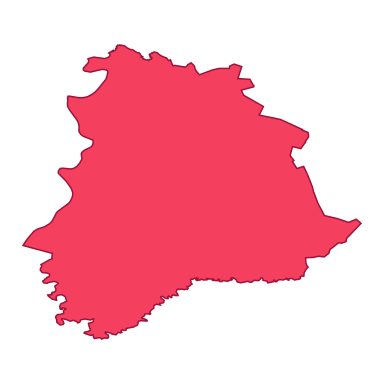 Liepas pag., Priekulu, Latvia (Robinson projection)
{"feature_id": "27541924B93252859491406", "entity_name": "Liepas pag.", "entity_type": "district", "adm_level": 2, "iso_a3": "LVA", "parent_name": "Latvia", "parent_adm1": "Priekulu", "projection": "robinson", "projection_center": [25.432, 57.391], "detail": "fine", "context": "isolated", "style": "filled", "palette": "rose", "viewbox_px": 384, "rotation_deg": 0, "n_neighbors": 0, "source": "geoboundaries", "source_scale": "gbopen_adm2", "svg_char_len": 5829}
<svg xmlns="http://www.w3.org/2000/svg" viewBox="0 0 384 384"><path d="M68.2,96.3L68.6,96.6L67.5,97.8L67.8,100.2L67.4,103.4L67.6,106.3L69.4,109.7L76.7,119.7L78.2,122.3L79.1,126.4L78.9,130.9L79.3,132.1L80.8,134.4L83.3,136.3L92.9,140.1L93.2,142.2L93.0,143.7L92.1,145.8L91.0,147.0L84.3,150.3L82.1,152.1L81.3,153.5L81.4,155.5L82.0,158.0L81.8,159.2L79.9,162.8L76.9,166.5L73.8,168.3L70.7,169.0L62.9,168.2L60.6,168.4L59.8,169.0L58.5,170.9L58.2,172.6L58.6,173.5L66.3,181.4L70.8,187.8L72.0,190.4L72.7,192.8L72.7,195.2L72.0,197.8L70.5,201.0L68.9,203.1L57.4,211.7L56.1,213.5L52.4,220.7L49.9,223.5L44.9,226.6L37.2,229.2L34.0,231.2L27.3,239.0L23.0,245.5L52.3,253.4L51.8,258.3L52.2,258.8L49.5,259.8L40.4,264.9L41.5,264.8L41.7,266.4L41.5,267.2L40.5,268.2L40.3,270.2L42.0,272.3L42.8,272.7L46.9,273.0L48.6,273.6L49.7,274.5L49.1,276.5L46.8,277.5L46.8,278.2L44.9,279.0L44.3,280.1L42.7,281.1L42.9,281.7L44.0,282.9L46.9,283.3L49.0,282.3L54.1,281.5L55.5,281.7L58.2,282.9L57.9,284.1L55.2,285.7L54.8,286.6L55.9,288.7L55.8,290.5L55.4,291.2L54.7,291.8L52.0,292.5L51.6,293.1L52.1,293.9L51.8,294.6L47.7,295.0L48.3,296.1L52.0,299.0L56.3,300.3L56.7,300.1L56.0,297.6L56.5,296.2L58.3,295.1L61.6,294.7L64.4,296.1L65.5,297.2L66.6,301.3L60.6,304.0L59.7,306.8L60.1,307.5L60.1,308.9L60.7,309.3L62.2,309.4L62.6,309.0L62.0,308.3L63.8,307.9L65.8,308.6L65.9,309.1L64.6,309.6L63.8,310.4L63.4,311.3L63.8,313.0L63.4,313.4L60.2,314.4L57.4,314.6L56.0,316.1L55.6,317.2L56.7,319.8L56.8,322.3L60.2,325.0L63.1,324.5L63.9,323.5L63.4,321.5L61.7,319.6L61.8,318.8L62.4,318.7L66.2,319.5L70.4,321.2L73.1,320.3L74.0,320.5L76.7,321.6L77.6,322.9L79.5,322.3L80.2,321.5L80.4,320.2L81.0,319.8L85.3,319.0L90.4,320.0L93.4,318.7L93.7,319.3L93.0,321.8L92.0,322.5L88.6,323.2L88.4,323.8L89.7,328.3L90.3,328.8L90.4,330.2L88.2,331.4L84.7,332.1L84.2,332.5L84.3,333.3L90.7,335.4L93.0,334.8L93.8,337.9L94.7,338.5L98.9,337.7L100.2,337.8L101.2,338.4L101.5,339.1L104.6,337.9L106.8,338.3L108.3,337.8L108.6,336.4L108.2,335.1L105.2,333.1L105.0,332.7L105.8,332.0L110.9,333.1L111.8,334.0L116.0,334.8L117.9,332.5L120.6,332.9L121.8,332.5L121.0,331.3L121.1,330.7L122.4,329.8L123.2,330.4L125.7,330.3L126.1,329.9L126.2,328.6L126.9,328.3L133.9,327.0L134.6,326.2L136.9,325.5L137.3,325.2L138.1,323.2L138.1,321.8L138.6,321.3L140.8,320.7L146.9,321.1L147.2,320.4L146.2,319.7L143.9,318.7L142.0,318.5L141.9,317.4L144.7,315.6L144.7,314.3L145.3,313.9L148.8,313.9L149.4,314.4L150.5,313.9L150.7,313.6L149.7,312.5L151.2,310.1L153.8,308.1L153.8,305.8L154.9,304.9L157.1,304.1L158.1,304.6L160.3,305.0L159.6,304.0L159.7,303.4L163.1,302.9L163.8,302.3L164.1,300.3L161.1,298.1L160.7,297.5L160.7,297.0L161.4,296.5L162.8,296.5L165.5,298.3L168.0,298.7L168.3,298.1L167.6,297.0L168.6,296.0L171.2,297.7L171.7,297.5L171.4,296.4L173.0,294.8L175.0,295.5L178.0,295.6L178.1,295.0L176.2,291.9L176.9,289.7L178.2,289.0L178.8,289.6L181.7,289.0L184.2,289.7L185.6,289.2L187.5,289.3L188.2,288.1L187.1,286.8L190.0,285.8L190.8,284.8L192.1,284.0L190.8,282.7L191.0,281.7L190.6,279.7L191.1,279.0L192.6,279.3L195.5,277.9L197.5,278.0L198.0,278.3L197.7,278.9L196.4,279.1L195.8,279.7L196.9,280.5L200.6,279.9L201.3,279.2L203.5,280.0L207.1,279.8L207.5,279.5L206.8,278.5L208.0,278.5L209.3,279.1L212.7,278.8L213.6,279.5L212.4,280.1L212.7,280.4L217.8,280.7L218.0,279.3L218.6,279.2L219.5,279.5L218.9,280.6L219.9,281.5L221.8,281.6L222.9,280.5L227.5,281.3L230.2,280.2L231.8,280.0L232.2,279.4L231.0,278.8L230.9,278.3L232.2,277.6L233.6,277.9L233.6,278.4L236.1,279.4L236.7,281.1L237.5,282.1L240.9,282.8L247.9,281.3L249.8,282.2L251.7,282.2L253.3,280.8L254.4,280.3L258.5,280.7L260.4,279.1L260.8,278.0L261.5,277.9L262.8,278.3L263.0,280.4L266.6,281.0L267.2,281.3L267.6,282.8L268.0,282.9L273.5,281.7L273.9,281.2L273.5,280.6L273.7,280.1L274.9,280.4L275.4,281.8L276.4,281.8L277.0,281.4L277.0,280.7L279.5,279.6L283.1,280.0L285.8,279.0L286.4,278.3L287.2,278.8L287.1,279.5L288.3,280.2L289.0,280.0L288.8,278.9L290.9,278.4L292.4,278.7L294.6,280.0L299.8,279.0L300.6,278.2L300.1,277.0L300.4,276.5L302.1,276.0L303.8,276.2L304.2,272.6L306.2,269.2L308.1,267.1L307.5,266.8L305.9,263.1L305.6,257.8L313.1,257.4L318.6,256.3L324.2,256.9L328.7,253.5L330.1,249.4L338.8,242.7L341.5,243.2L346.1,241.6L346.6,238.4L361.0,223.4L356.3,219.2L348.6,222.4L337.3,218.6L324.5,215.6L317.9,203.3L313.1,190.4L312.5,187.2L311.8,185.5L307.8,175.3L303.6,166.4L296.9,168.5L292.5,161.6L293.9,160.4L290.1,155.6L292.5,146.6L300.8,148.6L305.6,142.1L305.4,141.5L308.5,137.0L308.6,135.8L308.0,132.4L302.0,130.0L302.3,129.5L280.5,119.5L259.2,115.1L263.4,106.5L243.6,95.2L241.3,90.1L253.8,86.8L253.8,85.4L253.3,85.2L249.9,79.3L237.9,78.6L241.7,66.6L234.1,64.1L229.7,66.1L229.3,68.4L219.9,68.4L217.4,68.8L212.3,70.0L199.4,74.8L196.5,71.4L194.9,68.7L194.7,66.7L194.0,65.6L191.1,62.8L187.7,64.7L186.7,66.3L185.4,67.1L174.5,65.4L172.7,65.7L170.5,59.8L168.7,60.7L166.6,58.0L162.0,56.3L159.0,54.4L157.4,52.8L154.6,52.0L153.1,52.4L152.7,53.2L152.0,52.8L150.7,53.9L149.4,54.3L149.6,55.5L150.2,55.5L150.4,56.1L150.3,56.5L149.5,56.7L150.7,56.9L150.5,57.3L151.1,57.7L151.8,57.7L151.4,59.1L149.3,59.4L148.7,60.6L147.5,59.8L146.1,60.1L143.5,58.6L143.0,58.9L142.8,57.9L142.2,57.6L142.5,57.1L141.9,57.2L141.8,56.6L141.4,56.6L141.9,56.2L140.1,54.6L140.2,54.0L139.3,52.9L137.3,52.6L135.5,51.7L132.9,49.8L130.4,49.5L126.4,47.5L125.6,46.5L124.4,45.8L120.6,45.1L120.4,45.5L119.5,44.9L118.0,45.5L117.6,45.2L116.4,46.7L117.0,47.4L116.6,47.9L116.7,48.4L115.8,48.4L116.0,48.9L115.1,50.5L113.6,50.9L113.4,50.3L112.7,50.5L112.7,51.0L112.0,51.2L112.5,51.5L109.6,52.4L108.7,53.0L109.6,53.5L110.0,55.1L109.7,56.2L107.8,57.6L104.9,58.6L93.9,57.1L88.0,58.7L88.6,60.5L88.6,61.7L88.0,63.0L83.3,68.2L83.3,69.8L84.6,71.0L90.3,72.1L102.0,69.4L106.0,69.8L107.5,70.8L107.9,71.9L107.7,72.8L106.8,76.9L105.7,79.5L97.6,89.6L94.7,92.4L91.4,94.7L87.6,96.7L86.2,97.1L82.5,97.7L78.6,97.7L69.3,96.1L68.2,96.3Z" fill="#f43f5e" stroke="#9f1239" stroke-width="1.5"/></svg>